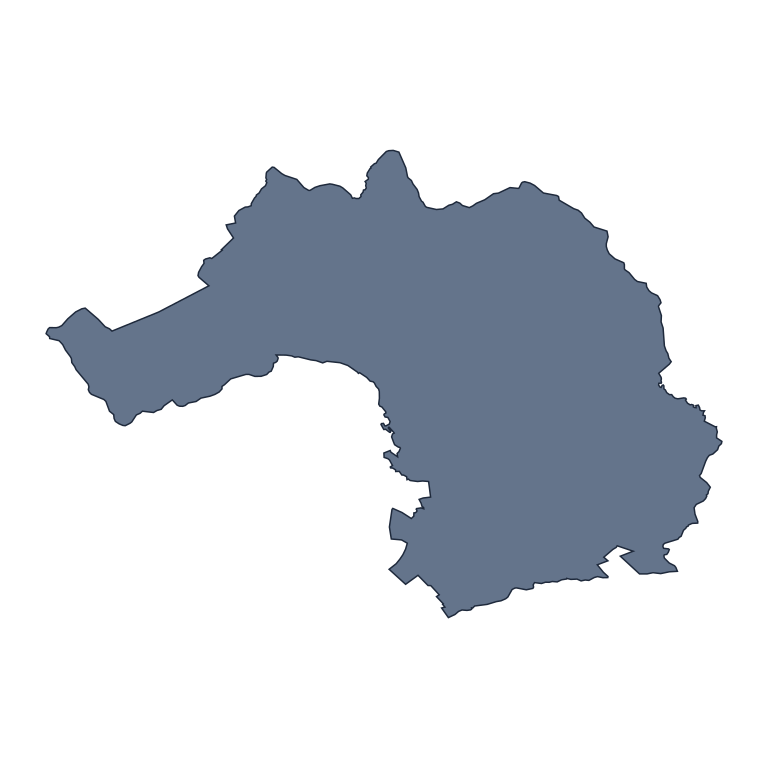 outline of Hateg, Hunedoara, Romania
{"feature_id": "2599482B32266966922921", "entity_name": "Hateg", "entity_type": "district", "adm_level": 2, "iso_a3": "ROU", "parent_name": "Romania", "parent_adm1": "Hunedoara", "projection": "robinson", "projection_center": [22.928, 45.632], "detail": "fine", "context": "isolated", "style": "filled", "palette": "slate", "viewbox_px": 768, "rotation_deg": 0, "n_neighbors": 0, "source": "geoboundaries", "source_scale": "gbopen_adm2", "svg_char_len": 6105}
<svg xmlns="http://www.w3.org/2000/svg" viewBox="0 0 768 768"><path d="M448.4,617.6L455.1,614.4L458.6,611.4L462.0,610.0L467.0,610.4L470.6,609.9L471.6,609.2L471.5,607.9L472.6,608.1L474.7,606.0L487.2,604.4L496.4,601.6L501.0,600.8L505.6,598.8L507.8,597.1L512.1,589.5L514.8,588.1L516.5,587.9L526.3,589.8L532.9,588.4L533.6,587.1L533.2,584.9L534.5,582.6L541.5,583.5L545.5,582.2L549.2,582.3L552.2,581.5L557.2,581.9L561.6,579.8L566.6,579.0L566.7,578.4L570.8,579.4L577.0,579.1L581.1,580.9L585.2,580.0L588.9,580.4L594.3,577.5L597.5,576.6L602.9,577.7L607.8,577.6L608.0,576.5L603.4,572.3L597.3,564.8L607.9,560.8L603.8,557.2L612.9,549.4L616.2,547.4L617.2,545.8L633.2,551.2L620.3,556.2L639.5,573.9L647.2,573.9L653.0,572.7L660.7,573.6L669.3,571.8L677.4,571.3L675.9,567.5L674.5,565.7L669.2,563.0L664.4,558.1L663.9,555.9L664.3,554.8L666.8,554.4L668.3,552.2L669.3,549.6L668.6,548.9L663.6,548.3L662.9,546.5L663.3,544.5L664.9,543.2L677.9,539.2L679.2,537.4L681.1,536.3L683.5,530.3L685.8,528.3L686.5,526.9L688.1,526.2L688.4,525.1L692.1,523.4L697.7,523.1L697.8,521.5L695.0,514.1L694.1,507.7L696.3,504.4L703.3,501.0L705.6,498.6L706.8,496.1L706.4,495.0L708.0,493.7L708.3,491.3L710.3,487.2L706.7,482.6L700.2,477.4L699.5,475.6L701.2,473.5L705.7,461.2L707.4,457.7L709.3,455.3L712.9,454.0L717.6,449.7L718.8,446.1L721.4,443.7L721.9,441.4L716.6,437.9L716.6,434.8L717.3,431.9L716.3,428.1L716.5,426.7L715.2,426.8L704.3,421.2L705.3,417.7L705.0,415.7L703.0,415.2L703.4,412.6L704.5,410.8L701.5,410.8L700.0,410.0L699.6,407.6L698.3,405.1L695.9,405.6L696.1,407.7L694.5,407.5L693.3,406.8L693.8,405.6L693.3,405.1L691.7,404.5L690.1,404.8L687.5,403.2L685.5,400.1L686.3,399.1L685.6,398.2L683.8,397.9L677.8,398.8L675.1,398.2L673.3,396.8L671.7,394.6L669.4,394.6L666.7,392.6L665.4,390.0L663.9,388.8L663.9,385.9L663.3,385.0L662.2,385.3L661.0,387.5L660.0,387.1L658.6,385.1L658.8,383.3L661.3,383.1L661.5,382.3L661.0,380.6L661.4,379.0L661.1,377.3L658.7,373.3L669.3,364.2L671.2,361.7L668.9,358.2L667.8,353.6L666.1,350.8L664.4,345.9L663.1,328.0L661.1,321.9L661.4,315.6L658.5,306.7L658.6,305.8L661.0,302.8L660.1,299.8L657.6,295.7L651.4,292.8L648.9,290.6L646.7,287.0L646.2,283.3L637.4,281.5L634.6,279.4L629.1,272.7L625.1,269.9L624.4,268.9L624.4,264.6L623.8,262.8L615.0,258.9L609.2,253.8L607.3,250.0L606.3,246.5L606.3,243.7L608.1,236.8L607.0,231.1L594.0,227.0L589.9,222.2L584.8,218.2L581.5,213.0L578.1,210.2L573.8,208.7L559.2,200.2L558.5,196.5L556.7,195.5L543.4,193.0L534.6,185.5L530.1,183.1L524.7,181.7L522.5,182.2L521.5,183.1L519.1,187.9L518.3,188.4L510.0,187.6L498.4,193.1L493.5,193.7L484.7,199.8L476.4,203.3L472.8,205.9L469.3,207.6L462.4,205.5L459.8,203.1L456.4,201.8L452.4,204.3L448.9,205.2L443.0,208.9L436.4,209.5L426.6,207.3L425.3,206.3L423.0,202.2L421.5,201.1L419.1,196.6L418.5,192.9L417.1,189.4L413.0,184.0L411.4,180.5L408.1,177.8L407.5,176.5L405.8,167.9L398.9,152.1L393.2,150.4L388.7,150.7L386.3,151.5L378.4,159.5L376.1,163.2L374.4,163.7L370.7,167.0L371.0,168.0L370.1,168.5L367.3,173.0L366.8,175.8L368.4,177.6L368.3,179.2L365.1,181.5L366.2,183.4L365.7,185.7L366.3,188.0L365.0,189.8L363.5,190.0L363.0,192.2L360.8,194.8L361.0,196.6L358.9,198.5L355.9,198.5L354.4,197.9L352.4,198.3L350.7,194.8L342.9,188.0L339.9,186.2L332.5,184.3L329.8,183.9L320.0,185.7L314.9,187.4L310.0,190.4L308.7,190.4L303.9,187.6L296.8,179.4L285.0,175.5L281.7,173.6L274.1,167.4L272.2,167.1L266.8,172.0L266.3,173.1L265.9,177.9L266.7,179.6L265.8,181.1L266.8,182.6L265.5,185.7L261.5,188.9L259.1,193.0L256.4,195.0L256.0,196.5L254.5,198.0L251.3,203.6L251.2,205.7L247.9,206.9L245.2,207.1L238.9,210.5L234.4,216.1L235.6,223.0L226.2,224.9L227.5,228.8L233.5,238.0L221.4,249.7L222.2,250.2L211.8,258.5L209.9,257.8L205.5,259.0L203.7,260.3L204.0,263.4L201.6,266.7L198.6,272.3L198.0,275.6L199.0,277.3L208.9,285.8L158.7,312.0L112.0,331.1L109.5,328.8L105.2,326.8L98.2,319.3L85.2,308.1L81.8,308.8L75.7,311.9L67.9,318.7L61.8,325.6L58.6,327.2L56.2,327.7L49.6,327.6L48.1,329.0L46.6,332.2L46.1,333.7L49.5,336.7L49.7,338.5L59.1,340.7L62.7,344.6L65.5,350.1L70.4,356.7L71.4,358.6L71.8,362.6L74.7,366.6L76.1,369.7L88.2,384.2L88.9,386.9L88.3,389.7L89.5,392.4L91.4,394.3L103.9,399.5L105.9,401.4L109.5,411.2L113.7,414.6L114.1,418.5L115.4,421.4L119.0,423.8L122.8,425.4L125.2,425.7L130.0,423.3L131.8,421.9L136.4,414.9L140.1,413.3L142.4,411.2L153.6,412.5L157.0,410.5L161.2,409.3L164.1,405.7L172.3,399.9L177.1,405.2L179.5,406.2L182.8,406.3L185.2,405.5L188.4,403.0L196.1,401.5L201.0,398.1L210.0,396.2L214.9,394.4L219.2,392.0L222.0,388.9L222.0,386.4L224.5,384.7L230.7,378.9L245.9,374.4L249.0,374.4L254.9,376.4L261.1,376.3L266.7,374.5L269.1,372.0L271.2,371.2L273.3,366.5L273.5,363.2L275.7,362.4L277.2,361.1L278.1,358.5L278.0,357.5L276.1,355.0L286.1,355.1L291.7,355.9L294.8,357.2L298.3,356.8L310.8,359.9L316.1,360.6L322.7,362.9L326.9,361.3L340.0,362.7L347.9,365.5L357.4,372.1L358.4,373.4L359.6,372.7L366.7,377.4L370.1,381.1L373.2,381.8L374.4,383.0L376.1,386.4L378.5,388.9L379.3,391.4L379.4,398.3L378.7,404.1L379.8,406.1L381.9,407.0L385.7,411.7L385.9,413.0L384.2,414.0L383.9,414.9L385.1,417.0L387.8,417.4L390.1,421.5L389.3,424.1L385.9,425.9L384.8,425.8L383.5,423.4L381.4,423.6L381.0,424.5L383.8,429.5L385.7,429.3L389.6,432.3L390.3,432.3L390.8,431.3L388.3,428.0L388.6,427.3L389.2,427.3L393.7,432.3L394.2,433.1L392.5,434.0L391.6,436.9L393.7,442.5L394.6,444.7L398.3,447.1L399.8,447.4L400.4,448.2L399.0,451.6L397.1,453.5L397.6,456.8L390.9,452.2L390.2,450.5L383.9,453.0L384.1,457.4L387.9,458.7L389.5,460.0L392.5,465.5L390.3,467.0L390.6,467.9L392.7,468.1L395.5,469.8L395.7,471.5L399.3,471.4L401.8,475.0L403.6,475.1L406.6,476.7L407.0,479.7L408.4,479.1L410.1,480.5L417.6,481.5L422.6,481.0L428.6,481.5L430.6,497.1L423.1,498.0L419.1,499.4L421.1,503.2L422.1,506.5L423.6,507.5L423.8,508.8L421.0,507.9L416.5,508.6L416.2,509.3L416.9,510.4L416.8,511.5L415.5,512.7L413.9,512.9L413.8,516.2L411.3,518.5L402.0,512.5L392.8,508.4L392.0,509.4L389.4,527.0L391.3,539.0L401.5,539.9L407.3,543.2L405.6,549.1L402.9,554.7L399.9,559.1L396.2,563.7L389.1,569.3L405.6,584.3L418.0,575.3L428.0,585.5L430.8,585.6L439.2,594.8L436.5,596.6L443.3,603.8L442.6,604.3L444.9,607.1L441.6,608.0L448.4,617.6Z" fill="#64748b" stroke="#1e293b" stroke-width="1.5"/></svg>